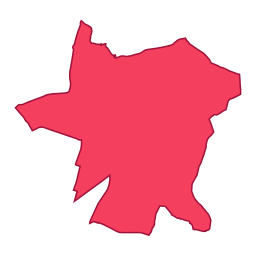 the district of Dijk en Waard, Noord-Holland, Netherlands
{"feature_id": "6326949B1679798000878", "entity_name": "Dijk en Waard", "entity_type": "district", "adm_level": 2, "iso_a3": "NLD", "parent_name": "Netherlands", "parent_adm1": "Noord-Holland", "projection": "mercator", "projection_center": [4.81, 52.682], "detail": "fine", "context": "isolated", "style": "filled", "palette": "rose", "viewbox_px": 256, "rotation_deg": 0, "n_neighbors": 0, "source": "geoboundaries", "source_scale": "gbopen_adm2", "svg_char_len": 5431}
<svg xmlns="http://www.w3.org/2000/svg" viewBox="0 0 256 256"><path d="M205.7,231.3L205.6,230.7L208.7,229.9L208.9,229.7L209.1,229.5L209.4,229.1L209.5,228.9L209.8,228.0L210.8,220.6L210.8,220.3L210.1,218.1L210.0,217.8L210.0,217.6L209.8,217.2L209.7,217.0L208.8,215.1L208.4,214.3L207.7,213.5L203.4,208.3L202.9,207.7L201.5,205.8L200.7,205.1L200.1,204.5L199.6,204.2L198.3,203.1L194.8,198.8L193.7,196.7L191.6,191.1L191.7,189.7L192.0,184.9L192.3,183.5L193.5,181.2L196.7,175.7L197.0,175.0L198.6,168.5L198.7,167.8L198.9,166.7L199.1,166.4L200.6,163.5L201.1,162.4L202.5,158.3L203.4,156.0L204.0,154.3L204.3,153.3L204.9,151.1L205.2,150.2L205.8,148.3L206.1,146.7L206.1,145.0L206.3,143.9L206.5,143.1L206.9,141.1L207.2,140.2L208.4,137.9L208.8,137.4L209.3,136.9L210.4,136.0L211.1,135.4L213.3,132.5L213.6,132.3L213.6,131.6L212.0,126.9L210.6,122.7L210.4,122.4L209.6,120.2L209.2,119.8L209.3,119.6L209.5,118.8L209.6,118.6L210.6,117.6L211.4,116.7L213.3,115.4L213.6,115.0L214.5,114.7L216.8,114.9L217.0,114.8L220.7,112.8L222.5,111.4L222.9,111.1L225.9,109.7L226.0,109.5L226.4,108.3L227.0,105.7L227.9,102.1L228.0,101.7L228.2,101.3L229.5,99.5L229.7,99.3L231.7,98.6L235.1,97.2L236.6,96.3L238.2,95.6L239.9,94.6L240.6,94.2L240.6,93.7L240.6,91.6L240.6,90.8L240.6,89.8L240.6,89.1L240.3,86.0L240.2,84.8L240.0,82.0L240.0,80.7L239.8,78.0L239.7,77.3L239.7,76.0L239.6,74.7L239.5,74.4L239.3,74.2L238.8,74.1L237.3,74.0L236.9,73.7L236.5,73.5L235.8,73.3L232.1,71.9L228.7,70.6L227.7,70.0L226.1,69.2L222.5,67.6L222.1,67.5L221.1,67.4L220.4,67.2L219.8,66.9L218.0,65.8L212.1,63.3L211.7,63.1L211.0,62.7L210.8,62.4L209.8,60.3L209.5,59.7L208.4,58.4L206.1,55.8L203.9,53.6L203.7,53.3L202.0,52.3L200.6,51.4L196.5,48.7L195.3,47.8L193.9,46.9L189.7,43.9L189.0,43.2L188.2,41.9L187.5,41.3L186.2,39.7L185.8,39.0L185.6,38.2L180.2,39.1L179.2,39.5L178.2,39.9L177.2,40.5L176.8,40.8L175.4,42.1L175.0,42.3L172.8,44.3L171.9,44.9L169.7,45.5L166.2,46.4L163.5,47.0L157.1,48.2L147.1,49.6L146.4,49.8L145.3,50.1L144.4,50.6L142.9,51.5L141.8,52.3L140.7,53.0L139.1,53.6L135.2,54.5L131.0,55.8L129.3,56.1L128.4,56.1L127.9,56.3L126.8,56.5L126.4,56.5L125.9,56.4L123.6,56.0L123.0,56.0L122.1,56.0L121.1,56.1L120.8,56.2L118.5,57.1L117.2,57.5L115.7,58.1L115.1,57.8L114.7,57.6L114.4,57.2L114.2,56.8L115.7,56.2L115.1,54.9L113.3,55.5L113.1,55.3L111.9,54.4L111.4,53.9L110.2,52.5L109.8,51.6L109.5,51.1L109.1,50.7L108.8,49.9L108.5,49.5L106.7,47.2L105.8,46.3L105.7,46.0L105.6,45.7L105.6,44.9L105.9,43.7L105.6,43.6L103.7,44.3L103.4,44.3L103.2,44.3L103.1,44.6L101.2,43.9L101.3,44.8L101.3,45.3L101.0,45.3L100.7,45.3L99.6,44.5L99.3,44.3L96.8,44.2L96.2,44.1L95.2,43.8L93.5,43.2L93.4,43.2L91.8,43.4L91.5,43.4L91.4,43.2L90.7,42.0L89.9,40.2L89.9,39.9L90.3,39.2L90.5,37.6L90.6,37.4L90.4,37.2L90.3,36.9L90.2,36.6L90.3,36.4L90.6,36.2L90.8,35.4L91.5,33.1L91.7,32.1L91.8,31.6L91.8,31.2L91.8,30.5L91.5,29.1L91.4,28.2L90.8,27.5L89.6,26.5L88.8,25.9L87.6,25.3L84.9,24.0L84.1,23.4L82.7,21.9L82.2,21.5L81.2,20.8L80.3,23.1L80.4,23.5L80.5,24.2L80.4,24.7L80.2,25.4L79.9,26.5L79.7,26.9L79.4,27.8L77.7,32.3L76.4,36.5L76.0,38.0L75.5,39.8L74.6,43.9L74.4,44.3L74.2,44.6L73.6,45.3L73.2,45.8L73.1,46.1L73.0,46.5L72.8,47.5L72.8,47.9L73.0,48.3L73.4,49.3L73.5,49.6L73.5,50.1L72.1,59.1L70.4,68.9L70.0,70.7L69.8,73.1L69.7,74.5L69.7,75.2L69.8,77.8L70.2,80.7L70.5,82.5L70.5,83.6L70.6,84.5L70.5,85.7L70.3,86.8L70.1,88.0L69.2,90.7L69.1,91.2L69.1,91.6L68.1,92.2L67.2,92.5L65.9,92.9L65.4,93.0L58.6,93.5L56.2,93.6L52.8,93.8L48.5,94.5L47.0,94.8L46.2,95.1L43.5,96.3L42.1,96.9L26.3,102.8L24.6,103.6L22.6,104.6L22.2,104.5L21.3,104.7L20.9,104.7L19.8,104.6L19.1,104.7L18.9,104.8L18.7,104.9L18.2,105.2L15.4,107.7L21.0,114.4L22.4,115.9L23.6,117.2L23.9,117.7L25.7,120.9L26.5,121.6L27.1,122.1L27.9,123.0L28.5,123.7L28.9,124.4L29.1,124.9L30.0,126.6L31.2,128.5L32.3,130.7L34.1,129.9L38.4,127.7L39.1,127.4L40.1,127.2L41.0,127.1L41.6,127.1L42.9,127.2L44.1,127.5L46.1,128.2L47.3,128.7L51.7,130.2L59.6,132.9L76.6,138.7L77.2,138.9L78.0,139.5L79.8,140.1L81.4,140.1L81.5,141.8L81.5,144.0L81.3,146.4L80.9,148.8L80.8,149.4L80.4,150.5L75.5,164.3L75.7,164.7L75.9,164.8L76.4,165.1L79.2,166.1L79.6,166.2L79.8,166.1L80.1,166.5L80.1,167.0L79.9,167.5L79.6,168.2L77.4,177.5L76.8,180.2L76.3,181.8L76.3,182.1L75.6,184.1L75.2,185.2L73.5,190.2L74.1,190.3L75.7,190.8L77.1,191.4L74.4,201.2L75.7,200.2L75.6,200.4L76.1,200.1L89.1,190.5L97.4,184.5L98.7,183.6L109.7,175.3L109.9,177.4L109.9,178.0L109.9,179.9L109.8,180.9L109.5,182.3L109.0,185.0L108.6,186.2L107.8,188.7L107.3,189.9L107.0,190.3L98.2,203.5L90.6,220.0L90.1,221.1L89.8,222.5L89.7,223.4L93.0,221.9L93.6,221.7L94.1,221.7L94.8,221.9L98.1,223.1L98.2,222.5L103.0,224.3L109.2,227.4L109.2,227.6L109.3,227.4L117.4,231.7L119.4,232.3L120.5,232.5L124.4,232.6L133.8,232.6L140.3,232.6L140.9,232.7L141.8,232.9L148.9,235.2L149.9,233.9L151.1,232.0L151.7,230.6L151.8,230.0L152.0,228.8L153.2,227.2L153.5,226.5L153.5,226.2L154.4,224.9L154.5,224.6L154.5,224.1L154.5,223.5L154.5,222.9L154.5,222.2L154.5,221.2L154.6,220.8L154.9,219.8L155.3,217.2L155.7,214.9L155.9,213.8L156.0,213.6L159.8,206.0L164.6,206.2L164.8,206.2L165.4,206.5L171.0,213.2L171.6,214.0L171.5,214.5L171.5,214.8L172.6,215.3L173.3,215.7L177.2,218.1L180.0,218.5L180.4,219.0L180.6,219.2L181.0,219.0L181.5,219.0L182.6,219.2L184.2,220.0L188.5,221.1L188.9,221.3L190.1,222.6L189.7,223.1L189.9,223.3L190.8,223.8L191.5,224.3L191.8,224.5L192.0,224.8L192.3,225.6L193.0,228.3L193.2,229.4L196.3,229.7L197.7,229.9L200.3,230.7L203.8,231.4L205.7,231.3Z" fill="#f43f5e" stroke="#9f1239" stroke-width="1.5"/></svg>